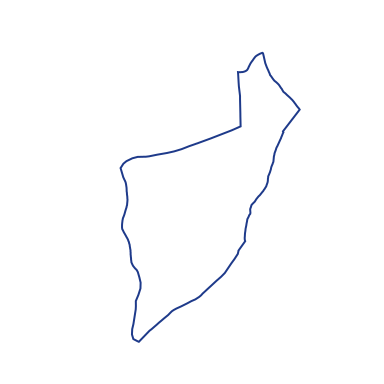 Beausejour/Ndc, Gros Islet, Saint Lucia, rotated 124°
{"feature_id": "8701671B72446042689753", "entity_name": "Beausejour/Ndc", "entity_type": "district", "adm_level": 2, "iso_a3": "LCA", "parent_name": "Saint Lucia", "parent_adm1": "Gros Islet", "projection": "mercator", "projection_center": [-60.928, 14.077], "detail": "fine", "context": "isolated", "style": "outline", "palette": "blue", "viewbox_px": 384, "rotation_deg": 124, "n_neighbors": 0, "source": "geoboundaries", "source_scale": "gbopen_adm2", "svg_char_len": 4046}
<svg xmlns="http://www.w3.org/2000/svg" viewBox="0 0 384 384"><g transform="rotate(124 192 192)"><path d="M212.1,264.6L217.3,258.3L218.3,257.1L218.8,256.2L219.5,255.1L220.1,254.0L221.0,252.6L221.8,251.7L222.7,250.8L223.6,250.0L224.9,248.8L225.8,248.1L226.9,247.3L227.9,246.6L229.2,245.4L230.2,244.7L231.2,243.8L232.1,243.0L233.6,241.9L234.4,241.2L235.6,240.5L236.5,240.0L238.0,239.2L239.2,238.5L240.3,238.2L241.4,237.7L243.2,237.2L244.2,236.9L245.7,236.4L246.6,236.1L248.4,235.5L249.6,235.2L250.8,234.9L251.9,234.7L252.6,234.5L253.5,234.1L254.7,233.6L255.8,233.0L256.8,232.5L258.4,231.6L259.3,231.0L260.5,230.2L261.4,229.4L261.9,228.9L262.3,228.0L262.9,227.0L263.6,225.8L264.1,224.7L264.9,223.1L265.4,222.1L266.0,221.0L266.5,219.9L267.4,218.3L268.2,217.3L268.8,216.3L269.6,215.5L270.7,214.1L271.7,213.3L272.7,212.3L273.5,211.6L274.7,210.4L275.6,209.8L276.8,208.8L277.8,208.2L279.1,207.1L280.0,206.4L281.0,205.5L282.0,204.8L283.3,203.6L284.2,202.9L284.8,201.9L285.5,200.8L286.2,199.5L286.5,198.6L287.1,196.7L287.6,194.2L288.7,192.1L292.2,187.9L295.9,183.9L300.8,180.8L307.3,178.9L313.8,177.6L318.0,174.7L320.8,173.0L334.3,166.7L339.1,164.9L343.7,162.1L346.7,158.4L346.2,154.0L345.9,152.3L330.5,149.6L330.1,149.4L327.9,148.7L324.9,147.9L321.6,147.0L318.7,146.3L316.0,145.5L312.7,144.6L309.7,143.7L307.4,143.0L304.0,142.4L302.1,142.0L300.1,141.2L297.4,139.8L293.0,137.1L287.0,133.7L282.8,131.5L279.2,129.2L275.0,127.4L272.6,126.7L270.3,126.4L251.7,122.0L246.1,120.5L240.8,119.5L236.1,119.5L229.3,119.5L223.7,119.3L218.4,119.4L217.7,119.4L214.9,120.5L214.6,120.7L203.0,120.4L202.4,121.2L201.6,121.9L200.5,122.7L199.4,123.3L197.9,124.2L196.9,124.8L195.7,125.4L194.6,125.9L193.1,126.7L192.1,127.2L190.8,127.7L189.6,128.2L187.9,129.0L187.0,129.4L185.7,129.9L184.7,130.4L183.6,130.9L182.9,131.0L181.8,131.1L180.5,131.3L179.3,131.6L177.5,131.5L176.5,132.0L175.5,132.8L174.6,133.5L173.8,134.1L173.0,134.4L171.6,134.7L170.5,135.1L169.3,135.4L167.5,135.1L166.4,134.9L165.1,134.6L163.9,134.6L162.1,134.7L160.9,134.6L159.6,134.5L158.4,134.4L156.8,134.0L155.6,133.9L154.3,133.8L152.9,133.7L151.4,133.5L149.9,133.6L148.7,133.5L147.5,133.6L145.9,133.6L144.6,134.0L143.4,134.3L142.2,134.6L141.6,134.8L140.7,135.2L139.6,135.8L138.5,136.5L137.3,137.0L136.6,137.5L135.8,137.7L134.5,137.9L133.2,138.2L132.1,138.4L130.5,138.9L129.1,139.3L128.0,139.8L126.9,140.2L125.2,140.6L124.0,140.8L122.6,141.2L121.5,141.4L120.0,142.2L118.9,142.8L117.8,143.4L116.7,144.0L115.0,144.6L114.0,145.1L112.7,145.5L111.7,145.7L109.8,146.2L108.6,146.6L107.5,146.8L106.2,146.9L104.5,147.2L103.2,147.4L102.0,147.6L100.9,147.8L99.1,148.1L97.6,148.3L96.7,148.6L95.5,148.8L93.7,149.2L92.4,149.5L91.4,149.6L90.9,150.5L63.5,148.8L63.0,149.9L62.5,151.8L62.2,152.8L61.7,154.2L61.3,155.2L60.7,157.0L60.3,158.0L59.9,159.4L59.6,160.4L59.3,162.1L59.0,163.5L58.7,165.6L58.4,167.8L58.2,168.7L58.0,170.0L57.9,171.5L57.8,172.3L57.4,173.1L57.0,174.0L56.3,175.3L56.0,176.4L55.2,178.3L54.8,179.2L54.4,180.5L54.2,181.5L53.9,183.3L53.8,184.5L53.7,185.8L53.3,187.2L52.8,188.6L52.3,189.9L51.8,191.1L51.5,192.2L51.4,192.6L50.3,194.0L49.3,195.7L48.5,196.8L47.6,198.4L47.3,198.8L46.7,199.8L44.2,203.3L41.1,206.6L39.3,208.5L37.3,210.7L37.3,211.5L37.8,211.9L38.4,212.3L39.0,212.7L39.6,213.1L40.1,213.3L40.7,213.7L41.4,214.0L42.0,214.3L42.7,214.6L43.5,214.9L44.2,215.1L45.0,215.2L45.7,215.2L46.3,215.3L46.9,215.3L47.6,215.3L48.2,215.3L48.8,215.3L49.4,215.3L50.0,215.4L50.7,215.4L51.3,215.4L52.0,215.4L52.7,215.4L53.5,215.3L54.3,215.2L55.1,215.1L55.9,215.0L56.7,214.9L57.5,214.7L58.4,214.6L59.4,214.5L60.3,214.6L61.1,214.9L61.8,215.2L62.4,215.6L63.1,216.1L63.8,216.7L64.4,217.3L64.9,218.0L65.5,218.7L66.0,219.5L66.6,220.3L66.9,220.9L69.2,219.1L75.0,214.7L78.1,212.3L85.5,205.9L88.3,204.0L99.6,196.0L102.5,194.0L110.4,188.4L118.7,193.6L133.5,203.9L137.1,206.4L147.6,214.0L148.6,214.7L149.7,215.6L150.3,216.0L155.5,219.9L162.3,224.6L168.3,229.5L173.6,234.5L180.4,241.6L186.4,247.5L188.4,249.8L193.3,256.7L197.4,260.3L203.1,263.6L206.9,264.7L211.1,264.6L212.1,264.6Z" fill="none" stroke="#1e3a8a" stroke-width="2"/></g></svg>